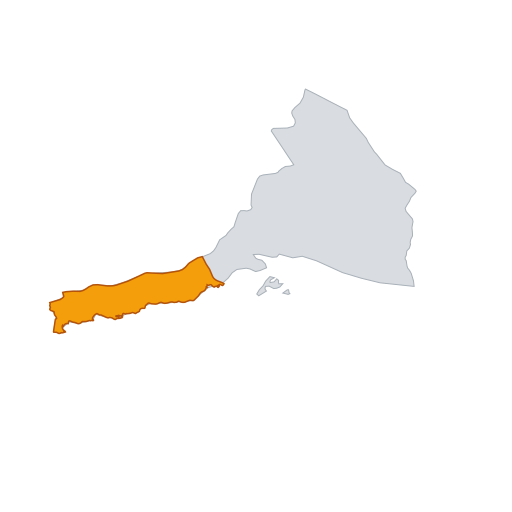 location of Debubawi Keyih Bahri within Eritrea, rotated 122°
{"feature_id": "ERI-1565", "entity_name": "Debubawi Keyih Bahri", "entity_type": "Region", "adm_level": 1, "iso_a3": "ERI", "parent_name": "Eritrea", "parent_adm1": "", "projection": "albers", "projection_center": [41.929, 13.658], "detail": "fine", "context": "in_parent", "style": "filled", "palette": "amber", "viewbox_px": 512, "rotation_deg": 122, "n_neighbors": 0, "source": "natural_earth", "source_scale": "10m", "svg_char_len": 5852}
<svg xmlns="http://www.w3.org/2000/svg" viewBox="0 0 512 512"><g transform="rotate(122 256 256)"><path d="M88.2,302.5L86.8,287.2L86.0,277.0L85.1,266.2L84.2,256.0L89.2,249.8L91.6,244.0L97.8,224.8L100.2,221.0L105.0,210.7L105.7,207.8L110.4,194.8L110.2,186.2L109.4,177.4L112.0,172.3L114.3,168.2L114.2,164.7L115.3,156.5L116.1,154.5L118.7,154.5L124.2,155.6L128.3,154.9L132.9,155.0L136.5,154.8L138.7,152.3L141.7,142.9L143.7,141.0L145.1,140.5L149.3,138.8L152.8,136.1L155.7,134.1L156.8,133.8L159.8,133.6L162.9,132.4L164.3,131.1L168.1,130.1L171.8,130.8L174.4,129.6L176.0,128.9L177.9,128.9L179.7,127.8L180.4,126.1L181.6,125.1L184.5,122.6L185.9,120.9L186.5,119.1L187.1,117.7L188.4,115.3L193.6,109.3L198.0,105.8L213.0,136.6L219.0,154.8L224.2,173.7L228.0,202.1L231.7,216.6L238.0,223.8L242.1,237.3L245.8,237.9L248.5,241.6L252.9,254.3L256.2,259.1L258.0,255.0L257.8,252.7L256.5,248.8L257.8,243.8L260.4,240.8L266.2,244.9L269.4,248.1L270.2,254.3L271.5,257.8L277.6,265.1L282.8,267.3L289.5,267.9L295.1,269.5L299.6,272.2L308.0,279.7L327.4,286.3L342.9,306.3L352.0,320.1L382.3,341.1L387.5,351.1L390.3,361.0L396.6,360.5L407.6,371.2L410.8,379.4L419.8,382.3L421.3,377.5L425.7,381.4L427.4,387.6L421.7,390.1L415.4,392.3L414.5,392.2L412.4,395.0L409.4,402.8L406.1,405.1L404.4,405.3L394.5,398.1L393.0,397.6L390.8,399.1L389.3,400.6L384.7,395.1L381.3,390.2L376.6,384.4L372.1,381.8L367.2,378.5L362.4,370.9L357.5,362.5L350.3,355.7L336.8,345.7L324.4,333.2L315.0,320.0L308.9,313.2L306.3,311.4L293.8,307.1L285.0,301.0L278.3,296.1L274.1,294.7L270.1,294.5L261.5,295.4L254.4,292.3L251.4,292.2L246.6,291.3L242.9,290.2L238.5,291.4L229.4,293.5L225.7,293.0L223.7,289.9L222.6,287.5L219.5,285.0L216.9,285.0L215.4,287.2L205.9,292.6L190.1,295.5L186.3,295.2L183.5,292.9L175.7,283.3L173.4,281.7L171.7,281.6L168.0,280.4L164.5,278.5L161.6,274.6L158.6,272.3L155.2,279.9L149.2,293.1L146.0,300.2L141.9,309.3L140.6,309.6L138.6,308.9L130.9,297.3L126.0,292.9L122.3,293.2L119.6,295.3L117.8,299.0L115.9,301.4L113.9,302.3L109.6,301.7L103.0,299.7L96.2,300.0L89.1,302.5L88.2,302.5ZM274.6,228.9L276.7,231.8L278.2,231.5L279.4,230.6L280.2,228.6L288.3,232.6L287.8,235.2L282.9,235.3L277.4,234.2L272.2,234.5L266.1,233.3L264.7,228.9L268.6,231.0L270.7,230.5L271.0,229.9L268.3,226.9L264.4,226.3L264.7,223.9L266.4,223.0L267.5,221.9L265.3,218.6L269.7,219.4L272.4,221.4L274.2,223.7L274.6,228.9ZM271.5,208.4L273.2,213.6L268.2,211.6L267.4,210.5L269.6,208.5L270.0,207.3L271.5,208.4Z" fill="#d9dde1" stroke="#a8b0b8" stroke-width="1"/><path d="M427.5,387.6L416.3,392.5L415.7,392.6L415.1,392.1L414.6,392.0L413.8,392.8L412.6,395.7L410.3,397.8L410.5,399.4L411.0,401.1L410.7,402.5L410.1,402.8L408.5,403.1L408.1,403.6L407.4,404.6L405.7,405.1L404.8,406.2L396.7,399.0L394.3,397.9L392.9,397.5L392.0,397.7L389.3,400.6L386.8,398.0L382.6,392.2L379.2,386.4L376.8,384.3L373.9,382.7L370.9,381.5L366.9,378.9L364.2,375.0L360.2,366.3L358.5,363.6L356.8,361.2L354.8,359.1L350.8,355.9L345.4,351.4L336.5,345.6L329.5,341.1L328.0,339.6L324.4,333.1L320.4,325.9L315.0,319.7L309.6,313.5L306.5,311.2L303.0,309.9L298.4,309.2L296.9,308.7L291.5,306.0L288.5,304.5L285.0,301.2L285.6,300.2L289.3,294.0L291.9,288.3L296.5,281.8L297.3,279.9L297.6,277.9L297.5,275.7L296.5,270.6L296.4,268.9L296.4,268.6L296.5,268.6L296.8,268.4L297.3,268.4L298.2,268.5L298.7,268.7L298.9,269.2L299.1,271.3L299.3,271.7L300.7,272.4L300.5,271.5L300.9,271.2L302.3,271.3L302.7,271.5L302.8,272.0L302.6,272.3L301.8,272.0L301.5,272.4L303.9,274.9L304.1,274.7L304.4,274.8L304.6,275.3L304.7,275.7L304.6,277.1L304.2,278.3L304.2,278.9L304.6,279.6L305.9,280.6L306.3,281.2L306.3,282.2L306.9,281.9L307.4,281.6L307.9,281.6L308.5,281.8L308.5,280.8L309.6,281.3L312.4,281.2L313.9,282.0L315.5,283.2L316.9,283.6L320.4,283.7L326.3,285.1L326.9,285.4L327.5,286.2L328.3,288.1L329.0,289.0L331.3,290.7L332.8,291.7L334.0,293.3L334.8,295.1L335.1,297.0L335.5,297.9L336.4,298.4L337.2,298.8L337.6,299.2L337.8,299.6L338.8,300.8L339.4,302.9L340.5,304.2L342.9,306.3L344.2,307.9L344.7,308.6L345.0,309.6L345.4,311.3L345.6,312.0L346.1,312.5L346.8,313.1L348.5,314.1L349.4,314.9L350.1,315.8L352.0,319.4L352.5,321.6L353.0,322.4L356.3,323.4L356.9,323.4L358.6,322.8L359.2,322.7L359.6,323.0L360.6,324.7L361.5,325.6L361.9,325.8L362.6,326.0L363.2,326.0L364.3,325.7L364.7,325.6L365.6,326.0L367.4,327.2L368.1,327.4L368.7,327.8L368.9,328.8L369.1,329.9L369.3,330.7L371.4,332.4L371.8,333.1L372.0,333.1L373.2,334.7L373.5,335.4L373.6,335.5L374.1,335.7L374.2,335.8L374.5,336.4L374.8,337.6L375.1,338.1L375.7,338.3L376.3,338.0L376.8,337.7L377.1,337.8L377.2,338.1L378.1,338.7L378.5,339.0L378.7,339.5L379.0,340.8L379.2,341.2L380.4,342.1L380.6,342.2L380.8,342.9L381.2,342.9L381.5,342.6L381.5,342.4L381.2,342.2L380.5,341.2L380.3,340.9L380.2,340.8L380.0,340.7L379.9,340.5L379.9,340.1L380.0,340.1L380.8,340.1L381.0,338.7L380.3,338.1L379.4,337.6L378.3,337.6L377.9,337.4L378.0,337.1L378.5,336.9L379.2,336.9L380.9,338.3L382.8,340.9L383.6,341.2L384.5,341.8L384.8,343.1L384.8,345.3L385.4,347.0L385.9,347.8L386.4,348.2L386.9,348.7L387.3,350.1L388.1,356.2L388.9,357.5L389.1,360.1L389.1,360.3L389.2,360.5L390.8,361.4L391.9,361.7L394.3,361.9L395.3,361.8L395.9,361.3L396.2,360.6L396.5,359.8L397.2,359.9L397.4,360.2L397.4,360.7L397.6,361.2L397.9,361.5L398.3,361.6L398.6,361.9L398.7,362.5L399.1,363.2L401.7,365.4L403.5,368.4L404.2,368.8L405.2,369.0L406.1,369.4L406.8,369.9L407.4,370.5L407.8,371.3L408.3,374.2L409.1,376.2L409.3,377.2L409.5,378.7L409.7,379.5L410.1,380.1L410.8,380.2L411.5,380.0L412.1,379.7L412.9,379.4L413.6,380.8L414.6,381.7L416.0,382.1L417.9,382.2L417.6,382.5L417.2,383.3L417.7,383.3L418.1,383.2L418.6,382.9L419.5,382.2L420.2,381.5L420.7,380.7L420.8,380.3L420.8,379.9L420.9,379.6L421.4,379.3L421.1,378.8L421.0,378.3L421.1,377.8L421.4,377.4L422.9,378.6L423.6,379.3L423.9,379.8L424.1,380.4L424.7,380.8L425.3,381.2L425.8,381.6L426.2,382.3L426.3,383.9L426.4,384.7L427.8,387.2L427.5,387.6Z" fill="#f59e0b" stroke="#b45309" stroke-width="1.5"/></g></svg>